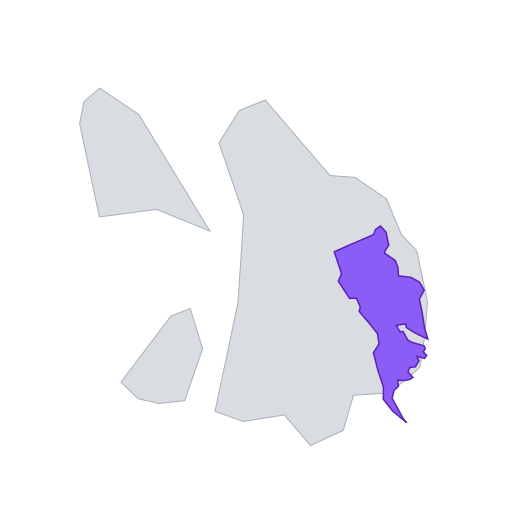 where North sits in Hong Kong S.A.R., rotated 78°
{"feature_id": "HKG-5168", "entity_name": "North", "entity_type": "state/province", "adm_level": 1, "iso_a3": "HKG", "parent_name": "Hong Kong S.A.R.", "parent_adm1": "", "projection": "orthographic", "projection_center": [114.21, 22.516], "detail": "fine", "context": "in_parent", "style": "filled", "palette": "violet", "viewbox_px": 512, "rotation_deg": 78, "n_neighbors": 0, "source": "natural_earth", "source_scale": "10m", "svg_char_len": 1450}
<svg xmlns="http://www.w3.org/2000/svg" viewBox="0 0 512 512"><g transform="rotate(78 256 256)"><path d="M199.6,143.0L201.8,140.9L227.3,116.5L264.8,109.4L284.6,97.7L336.2,97.7L367.9,107.1L397.8,118.2L400.7,121.8L417.7,153.8L412.5,189.6L444.7,206.9L452.7,242.1L417.3,261.4L415.2,302.9L399.4,328.4L297.3,283.1L213.2,259.5L137.6,268.7L110.1,242.0L105.3,214.6L192.7,166.9L199.6,143.0ZM185.2,401.1L89.8,401.0L69.4,392.3L59.3,374.1L93.2,341.2L222.0,295.9L189.7,343.7L185.2,401.1ZM371.0,401.2L351.3,414.3L297.0,351.7L293.7,331.2L335.6,327.5L382.7,355.8L380.1,381.5L371.0,401.2Z" fill="#d9dde1" stroke="#a8b0b8" stroke-width="1"/><path d="M324.4,98.6L332.2,105.2L345.5,105.2L362.0,106.1L369.2,105.5L373.0,105.2L367.1,113.0L363.1,117.8L357.3,123.8L353.5,123.8L353.0,133.0L359.8,131.0L360.4,127.8L369.6,125.1L372.7,121.7L378.8,110.3L381.9,109.7L384.4,112.4L388.7,109.7L391.2,112.4L387.7,119.5L392.4,118.4L397.5,123.1L397.1,128.9L401.0,131.4L407.3,127.7L408.7,131.0L408.7,136.4L407.0,143.3L413.0,143.7L416.2,148.9L423.5,152.4L445.7,145.8L450.6,143.1L436.1,154.6L422.5,161.3L410.8,158.6L392.3,160.6L375.0,161.3L367.6,153.9L357.1,153.3L345.3,159.3L331.7,166.6L327.4,164.6L318.2,166.6L316.9,173.3L297.8,180.7L291.0,176.0L268.1,178.6L263.8,157.9L259.5,136.5L254.9,133.6L252.5,128.1L259.7,123.8L273.1,123.9L277.6,128.6L280.0,129.7L289.3,120.7L296.7,119.6L305.0,120.7L309.1,108.9L315.5,101.5L324.4,98.6Z" fill="#8b5cf6" stroke="#5b21b6" stroke-width="1.5"/></g></svg>